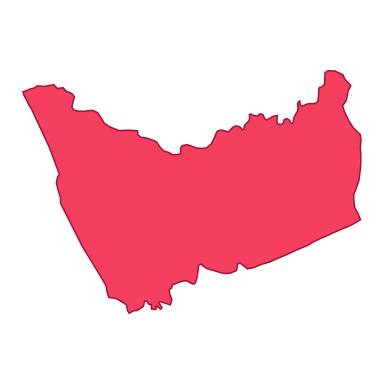 Ekeremor, Bayelsa, Nigeria (orthographic projection)
{"feature_id": "59680162B22876202690460", "entity_name": "Ekeremor", "entity_type": "district", "adm_level": 2, "iso_a3": "NGA", "parent_name": "Nigeria", "parent_adm1": "Bayelsa", "projection": "orthographic", "projection_center": [5.719, 4.944], "detail": "fine", "context": "isolated", "style": "filled", "palette": "rose", "viewbox_px": 384, "rotation_deg": 0, "n_neighbors": 0, "source": "geoboundaries", "source_scale": "gbopen_adm2", "svg_char_len": 3160}
<svg xmlns="http://www.w3.org/2000/svg" viewBox="0 0 384 384"><path d="M360.5,219.8L358.1,213.6L357.5,212.5L354.9,208.2L354.0,203.1L353.7,194.9L356.8,186.6L359.0,180.0L360.4,168.8L360.8,163.4L360.7,153.0L360.3,147.4L361.0,139.7L360.3,134.6L355.6,130.0L352.9,127.3L348.8,120.6L346.4,116.0L344.4,111.5L344.2,111.1L342.6,105.7L346.2,100.7L348.2,90.7L350.8,85.6L349.4,83.9L344.9,79.3L342.9,74.8L335.0,71.0L328.0,70.7L325.0,72.9L324.9,76.1L324.5,84.3L321.7,87.0L319.4,87.5L318.8,88.9L318.5,96.6L317.8,101.7L315.0,103.5L307.9,103.8L301.8,106.2L300.4,105.2L299.7,101.0L299.3,101.0L297.6,103.3L297.8,106.1L298.0,107.8L297.6,110.9L295.9,113.8L294.4,116.5L293.6,119.4L293.5,119.8L293.2,122.1L292.3,123.6L292.2,123.7L290.8,122.9L290.0,121.2L289.7,120.3L289.2,120.0L286.6,118.6L284.2,119.7L283.6,122.6L281.6,124.6L277.5,124.0L277.1,122.3L276.8,120.2L277.4,116.9L277.1,115.5L274.5,115.8L271.9,117.0L269.1,118.6L267.6,119.5L267.0,119.7L266.3,119.9L264.7,118.7L263.6,116.2L262.9,114.7L262.7,114.6L260.1,113.7L258.2,115.2L257.2,116.2L253.8,115.5L250.5,114.0L249.3,114.8L249.7,117.9L248.7,121.3L246.5,123.1L244.5,125.5L243.7,129.3L241.9,129.6L240.7,127.5L238.4,126.3L235.7,125.9L232.4,127.6L230.5,129.7L228.9,131.6L227.1,131.9L224.1,130.5L220.5,130.1L217.3,131.2L216.1,133.3L214.0,138.6L211.2,144.0L206.2,148.0L201.7,148.5L195.8,147.8L190.8,145.8L187.2,144.7L182.3,145.6L180.7,147.8L180.6,150.8L180.7,152.8L179.7,154.0L176.9,154.6L172.1,154.6L169.0,152.5L166.5,151.8L163.9,151.0L159.7,146.8L156.7,142.0L151.9,139.8L145.5,137.8L140.9,137.3L138.0,134.8L137.5,130.8L129.1,130.2L119.0,130.6L115.6,129.2L109.3,126.6L104.4,123.3L100.9,117.6L100.4,116.8L97.6,112.6L92.8,110.4L87.9,110.7L84.1,111.3L78.2,111.2L73.7,109.9L71.9,107.5L73.0,101.8L74.4,97.0L72.7,94.4L70.3,92.6L66.5,91.6L63.1,87.7L57.3,88.5L53.8,84.7L44.5,86.4L37.5,85.8L34.2,88.0L29.8,89.1L26.0,90.8L23.0,91.8L24.1,95.5L27.1,101.1L27.9,103.0L29.1,105.4L31.3,108.6L49.5,147.7L59.4,174.3L57.5,177.2L56.4,183.2L58.6,191.9L60.5,197.8L60.5,203.2L64.9,211.9L67.3,216.7L73.3,228.5L82.2,246.2L85.3,251.3L88.3,256.2L94.8,266.8L102.2,279.0L106.1,285.9L106.9,290.9L108.7,297.4L116.1,298.5L123.9,303.1L126.6,305.2L127.6,310.8L129.2,313.3L133.8,310.7L136.9,310.6L139.7,309.0L143.5,306.4L144.0,303.6L144.6,301.1L147.0,301.3L148.6,304.0L150.0,304.6L151.4,304.4L151.4,309.0L154.7,309.5L156.1,309.1L155.8,306.7L156.5,305.9L156.9,306.3L157.8,307.2L159.1,307.6L160.4,309.2L161.2,308.8L161.8,308.0L162.0,307.1L161.0,306.1L160.0,304.5L158.5,303.2L158.7,302.8L159.7,301.7L163.6,302.7L170.3,304.9L171.9,299.6L170.0,294.9L169.1,289.8L171.6,288.0L172.5,284.8L180.5,281.7L183.6,281.1L186.5,280.8L192.1,283.7L193.8,284.1L195.0,283.3L195.5,282.5L196.7,278.8L197.7,273.3L198.1,269.9L198.7,265.1L201.3,264.1L202.9,265.9L206.5,268.3L209.3,269.3L211.0,269.9L213.8,270.5L220.4,272.7L221.5,272.9L225.1,273.6L227.6,273.4L230.8,273.0L236.6,270.5L237.6,264.1L239.7,262.8L245.1,266.9L247.3,268.9L253.7,267.6L262.0,264.2L270.3,261.8L275.4,259.3L280.2,257.4L288.2,253.9L298.1,249.3L307.2,245.6L312.2,242.6L319.6,238.9L326.4,236.0L333.2,232.8L339.3,230.1L346.6,227.2L352.4,224.5L354.6,223.2L360.5,219.8Z" fill="#f43f5e" stroke="#9f1239" stroke-width="1.5"/></svg>